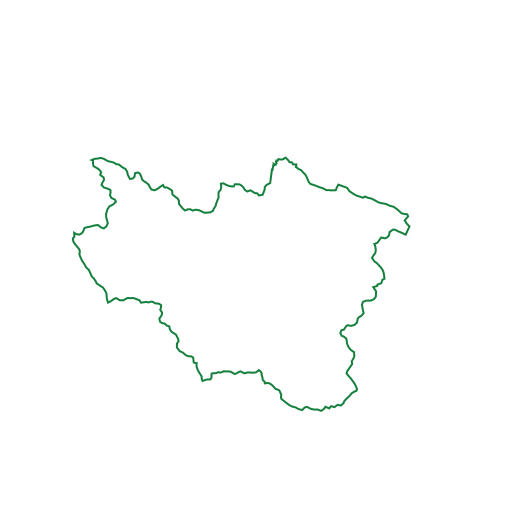 the district of Hulu Terengganu, Terengganu, Malaysia, rotated 326°
{"feature_id": "92858781B28434348300239", "entity_name": "Hulu Terengganu", "entity_type": "district", "adm_level": 2, "iso_a3": "MYS", "parent_name": "Malaysia", "parent_adm1": "Terengganu", "projection": "natural_earth1", "projection_center": [102.769, 5.077], "detail": "fine", "context": "isolated", "style": "outline", "palette": "green", "viewbox_px": 512, "rotation_deg": 326, "n_neighbors": 0, "source": "geoboundaries", "source_scale": "gbopen_adm2", "svg_char_len": 5383}
<svg xmlns="http://www.w3.org/2000/svg" viewBox="0 0 512 512"><g transform="rotate(326 256 256)"><path d="M109.2,162.5L109.2,167.3L108.8,169.3L109.0,171.3L109.6,173.9L109.2,176.9L108.4,181.0L109.0,184.2L109.0,187.4L108.6,189.6L110.3,193.8L111.5,196.7L111.5,200.1L111.1,203.5L109.6,206.0L108.1,208.9L107.3,211.9L110.9,212.3L114.5,212.1L116.6,212.8L118.3,216.5L121.1,218.5L123.4,218.7L126.2,219.0L128.5,220.9L131.0,222.4L134.6,227.5L134.6,230.4L139.1,232.6L141.0,234.4L143.7,235.3L144.8,236.3L146.1,239.0L148.8,241.2L149.9,243.7L148.4,245.6L146.5,247.1L146.5,250.3L145.2,252.0L143.1,253.0L140.8,253.9L139.7,256.9L140.6,259.1L142.5,261.0L143.1,263.7L144.8,265.9L143.7,268.4L143.5,271.3L145.7,276.4L145.0,281.6L144.0,283.5L141.6,284.3L139.3,287.5L139.5,292.1L141.4,295.3L142.3,298.9L144.0,301.4L146.3,303.1L147.1,305.1L144.8,309.5L146.5,311.4L146.9,311.7L145.6,313.2L144.8,314.8L144.0,317.8L143.7,321.2L143.7,323.0L143.6,325.3L142.3,327.5L141.8,329.7L146.3,330.9L147.9,332.0L149.2,332.8L151.0,332.0L153.2,328.9L154.3,328.8L155.9,330.0L157.8,330.9L159.7,331.1L160.9,332.5L162.8,333.3L164.9,333.5L166.2,334.7L168.4,336.1L170.4,337.8L171.1,339.4L172.2,341.8L173.9,342.4L176.8,342.5L178.6,343.0L179.6,344.7L180.6,346.6L182.1,347.4L183.8,347.7L187.4,350.4L189.4,351.8L190.9,352.4L192.9,352.4L194.6,352.2L195.2,354.4L195.2,356.3L194.2,357.7L193.3,360.7L192.4,362.0L192.5,363.5L192.8,365.1L192.1,366.5L193.6,367.3L195.1,368.1L196.3,369.8L197.1,372.0L197.4,373.4L197.8,376.8L199.0,378.6L200.0,380.0L200.1,381.4L199.7,382.9L199.5,385.0L197.8,386.9L197.1,388.7L197.3,389.3L198.6,393.4L199.9,397.3L201.4,400.5L204.2,403.7L205.6,406.6L208.2,409.6L211.6,408.8L213.9,409.6L216.2,413.7L218.8,416.2L221.1,417.6L223.4,420.8L226.8,420.8L229.2,419.8L231.5,423.3L234.3,422.5L236.6,425.2L239.4,425.0L240.6,425.2L242.7,427.4L246.3,426.9L248.0,425.7L250.8,425.0L255.9,424.2L258.4,423.3L262.3,423.5L263.7,424.0L265.1,423.0L265.4,422.8L266.3,417.6L266.3,414.7L266.1,410.3L265.6,406.4L265.4,403.9L267.3,402.5L271.6,400.8L275.4,399.3L276.5,396.8L279.2,395.6L281.5,394.1L283.5,390.5L282.0,386.6L281.8,382.9L282.6,379.2L283.7,377.3L284.7,374.8L283.7,371.9L282.4,369.9L282.8,367.0L285.4,365.3L287.5,366.2L291.1,364.8L293.0,364.5L296.0,367.2L299.1,368.2L302.5,367.7L305.1,365.0L307.2,364.3L310.0,364.5L313.3,363.6L314.8,359.6L316.7,355.5L319.1,353.8L322.5,354.7L326.3,357.2L329.9,357.7L332.6,356.7L335.8,352.5L335.8,349.4L335.8,347.4L339.8,348.6L340.7,347.6L344.7,348.6L347.5,346.4L349.8,346.7L351.9,342.5L353.0,339.6L353.2,335.9L352.3,329.8L351.1,326.4L351.1,322.4L353.8,321.2L356.6,320.2L358.7,318.0L360.4,314.4L360.8,312.2L364.0,312.9L368.7,311.2L370.2,310.7L372.9,313.6L375.9,313.9L378.0,313.1L380.1,310.9L382.9,310.7L384.8,310.9L386.3,312.4L387.5,314.9L389.2,317.3L392.0,322.0L399.8,317.3L399.0,313.1L399.2,309.7L401.5,309.0L404.3,308.2L404.6,306.5L404.7,306.0L402.4,304.1L400.5,301.9L399.4,297.0L397.7,292.3L394.7,288.7L393.0,285.7L389.0,281.8L387.5,279.9L384.1,273.3L381.2,270.1L379.5,267.6L377.4,267.6L372.9,261.8L371.2,258.3L369.7,254.4L369.7,250.5L364.2,242.9L361.0,244.6L358.9,246.1L355.1,243.7L353.0,241.9L351.1,240.7L349.4,237.3L347.0,234.4L344.7,230.9L342.6,228.2L341.5,226.8L341.1,224.1L341.7,221.2L342.2,218.5L342.4,216.0L342.0,214.3L341.6,211.5L341.3,209.8L340.5,208.6L339.9,207.7L339.5,206.2L338.8,204.5L339.7,203.8L340.6,202.6L339.0,201.6L338.0,200.8L338.2,199.4L338.1,198.7L338.0,198.2L336.6,197.4L336.2,196.6L336.3,194.9L336.1,193.7L335.8,192.3L335.6,191.1L334.5,190.7L333.9,191.0L332.2,190.9L330.4,189.8L329.5,189.0L328.8,188.2L328.2,188.6L327.3,188.9L326.5,188.4L326.3,189.1L325.3,188.9L325.0,189.8L324.8,190.7L323.9,190.9L323.4,191.3L322.7,191.0L322.2,189.7L321.7,191.0L321.0,191.1L320.8,190.7L317.8,193.8L317.4,193.4L308.5,203.5L305.7,203.1L303.8,203.1L301.7,203.8L300.6,205.5L297.6,207.7L295.7,208.9L292.3,207.5L292.1,204.8L290.2,203.1L289.0,200.4L288.1,198.4L284.9,197.7L283.7,194.7L283.9,192.3L283.4,189.6L282.4,187.4L278.6,184.7L276.4,185.9L274.1,184.2L272.4,182.3L270.9,180.1L269.7,177.6L267.3,176.4L265.8,179.3L263.7,181.3L260.5,182.3L257.6,186.7L255.7,187.9L252.5,190.1L250.6,191.8L247.0,193.5L245.5,194.5L242.3,194.2L237.4,191.3L236.0,188.9L234.7,186.7L233.4,185.2L231.5,183.7L229.0,183.0L227.5,180.3L225.4,179.1L222.6,178.6L221.8,175.7L221.5,172.0L221.3,169.8L223.0,167.1L223.2,164.7L221.3,159.0L221.3,157.8L223.0,155.1L222.2,152.9L220.7,149.7L218.4,147.8L218.6,145.1L215.2,145.1L212.0,145.3L208.6,144.8L206.5,142.4L206.5,139.7L206.9,136.8L205.9,133.4L204.8,131.1L204.4,128.9L205.4,125.5L205.7,122.3L204.6,120.6L202.0,119.7L199.7,122.3L197.0,122.8L194.6,121.6L195.1,117.0L196.3,114.0L196.5,110.9L194.8,107.7L193.4,103.3L191.5,101.8L190.4,99.1L188.5,96.9L186.6,95.0L185.1,92.3L184.2,90.3L182.1,87.9L178.7,86.4L176.6,85.2L173.5,84.6L174.3,85.7L172.8,87.9L171.5,90.6L173.2,94.0L174.3,96.7L174.5,99.9L172.2,101.6L173.6,105.7L172.6,107.9L170.0,109.1L167.7,110.6L168.1,114.0L170.5,117.0L172.2,119.9L170.9,122.1L168.8,124.1L168.6,127.2L170.5,130.2L170.3,132.6L166.9,133.4L162.2,132.9L158.8,134.3L157.1,135.8L155.2,137.3L153.3,140.4L151.6,145.8L148.6,147.8L145.2,148.0L143.5,145.6L142.3,141.9L139.3,140.4L135.7,139.2L129.6,136.8L127.2,138.5L124.7,139.7L121.5,139.5L119.2,137.3L118.2,135.1L116.2,138.5L114.1,139.0L113.4,140.0L112.6,142.2L112.6,144.4L112.8,147.3L113.2,150.5L113.0,152.7L111.8,154.6L110.5,155.8L109.8,158.8L109.2,162.5Z" fill="none" stroke="#15803d" stroke-width="2"/></g></svg>